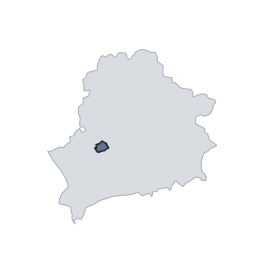 Karelichy, Grodno, Belarus shown in context, rotated 339°
{"feature_id": "67162791B39609385147896", "entity_name": "Karelichy", "entity_type": "district", "adm_level": 2, "iso_a3": "BLR", "parent_name": "Belarus", "parent_adm1": "Grodno", "projection": "orthographic", "projection_center": [26.2, 53.507], "detail": "fine", "context": "in_parent", "style": "filled", "palette": "slate", "viewbox_px": 256, "rotation_deg": 339, "n_neighbors": 0, "source": "geoboundaries", "source_scale": "gbopen_adm2", "svg_char_len": 5168}
<svg xmlns="http://www.w3.org/2000/svg" viewBox="0 0 256 256"><g transform="rotate(339 128 128)"><path d="M204.4,176.4L200.7,176.5L196.3,176.9L193.9,178.8L191.2,178.2L189.3,179.3L185.2,184.4L183.6,187.1L182.2,191.1L181.4,194.1L182.1,196.2L183.0,198.0L183.3,200.1L183.8,201.7L182.8,202.9L182.3,204.7L180.4,204.5L178.0,203.0L177.3,200.7L175.5,199.1L174.3,198.3L172.3,198.3L169.3,199.2L165.3,200.0L162.3,200.3L160.7,201.2L158.3,202.2L157.3,201.2L155.8,198.6L154.6,196.0L153.8,194.9L153.1,194.6L152.3,194.7L151.4,195.6L150.7,196.5L148.2,197.6L147.1,198.5L146.0,201.0L145.2,200.9L144.3,200.4L143.2,197.7L141.9,197.1L139.8,197.1L137.1,196.6L135.0,195.8L134.2,196.0L133.0,197.2L131.6,197.5L128.5,196.5L128.0,197.0L126.3,200.0L125.5,200.2L125.0,199.8L125.2,197.2L123.4,196.3L120.5,196.2L118.4,196.6L117.4,196.5L116.9,196.0L114.3,191.7L113.0,191.4L110.6,191.6L107.0,191.1L102.9,190.2L100.7,189.8L99.5,188.8L97.0,188.5L90.3,186.6L87.6,186.3L83.5,186.2L77.4,185.7L73.4,185.9L71.6,186.5L69.5,186.9L62.2,187.2L59.5,187.6L58.8,188.5L57.9,190.6L54.7,194.0L51.7,196.2L51.2,196.4L49.5,195.1L48.1,194.6L46.4,194.4L45.2,194.8L44.4,195.4L44.5,198.1L44.3,198.3L43.1,195.0L43.3,192.1L44.1,190.5L45.0,189.0L44.7,186.8L45.7,183.9L45.8,181.7L45.4,180.8L44.8,179.7L42.9,178.4L42.1,177.5L39.6,176.1L37.2,174.5L36.8,173.5L36.9,172.9L37.4,171.9L39.4,169.1L41.6,166.4L43.0,165.3L50.2,162.0L51.3,160.8L51.7,158.6L51.7,154.3L51.4,150.4L50.9,147.7L49.8,142.6L46.5,132.0L44.8,121.1L46.2,121.8L49.4,122.1L52.1,121.5L53.4,121.4L54.6,121.7L58.0,121.2L58.9,122.2L60.4,123.1L63.4,121.9L66.1,120.5L68.9,120.7L69.3,119.9L70.0,116.1L70.9,115.3L74.2,115.7L75.4,115.1L76.7,113.2L78.7,112.0L80.3,112.1L82.0,110.8L82.8,111.6L83.2,113.2L82.6,114.5L82.8,115.0L84.0,115.6L86.0,115.6L87.3,115.1L87.6,114.4L87.6,113.1L87.3,111.9L86.5,110.8L84.9,110.2L83.8,110.2L83.6,109.5L84.0,108.1L85.0,105.4L86.2,103.0L86.9,102.1L87.1,101.3L86.9,99.9L86.9,97.3L88.0,93.6L89.5,90.8L91.4,90.0L93.8,89.5L95.3,88.2L96.0,86.7L96.6,84.3L97.4,83.8L103.0,84.1L103.9,81.8L104.3,81.1L105.4,80.4L106.2,79.6L105.9,78.9L104.4,78.5L101.1,78.2L100.4,77.4L100.6,76.4L101.5,74.0L102.3,70.9L102.7,68.4L102.8,67.0L103.3,66.6L106.0,66.1L106.9,65.7L109.2,62.3L111.0,61.7L115.6,62.5L117.7,62.4L120.4,62.6L120.6,62.3L121.5,59.0L125.9,53.7L128.2,51.8L129.8,51.3L130.3,51.4L132.8,54.1L133.4,54.2L134.9,53.0L137.7,52.8L139.1,53.7L141.0,57.1L142.0,57.4L144.7,55.4L146.1,54.7L147.1,54.7L152.4,57.1L152.8,58.0L152.8,58.9L152.2,62.1L153.3,63.9L154.6,65.1L157.2,62.9L158.1,62.2L159.2,62.2L160.6,61.3L161.6,60.1L162.5,59.6L164.4,59.8L167.8,59.3L171.9,61.0L172.3,61.5L174.4,63.6L175.2,64.6L175.9,64.9L177.0,65.9L178.5,66.5L179.4,66.2L179.9,66.5L180.4,67.3L180.6,68.8L180.7,72.8L179.4,75.1L179.3,75.8L179.4,76.7L180.6,78.4L182.3,81.0L182.8,82.6L182.8,83.8L181.0,87.4L180.4,88.2L180.1,90.0L179.9,91.8L180.1,92.5L183.7,95.0L186.3,96.4L187.0,97.1L187.0,97.5L185.9,100.6L185.8,101.4L188.0,102.5L189.2,104.4L190.4,107.5L192.6,110.4L200.2,114.3L200.8,115.0L201.1,116.0L201.1,118.1L200.1,122.1L201.4,122.6L204.6,122.2L208.5,122.4L213.4,124.8L213.5,126.0L213.2,127.2L213.6,128.4L214.2,129.4L218.5,132.1L219.0,133.0L219.2,134.5L219.2,135.7L218.1,136.0L216.9,136.6L215.0,138.2L214.3,140.1L211.2,143.0L209.2,144.4L207.6,144.6L203.6,144.4L202.1,143.2L201.5,142.0L199.9,141.6L197.9,141.7L195.2,142.1L194.7,142.5L194.3,144.0L193.3,146.6L192.6,148.1L196.4,152.7L198.4,154.6L199.0,155.8L199.1,156.7L198.3,157.8L198.6,159.9L200.5,162.5L200.0,163.0L200.0,166.4L200.3,170.0L200.9,170.8L201.9,171.5L202.7,172.7L204.3,175.6L204.4,176.4Z" fill="#d9dde1" stroke="#a8b0b8" stroke-width="1"/><path d="M91.0,139.8L91.3,139.9L91.6,139.9L91.8,139.9L92.1,139.9L92.3,140.1L92.5,140.3L92.9,140.3L93.2,140.3L93.3,140.2L93.5,140.0L93.9,140.1L94.1,140.2L94.7,140.2L95.4,140.3L96.0,140.3L96.6,140.4L97.1,140.4L97.5,140.5L98.1,140.7L98.4,140.7L98.9,140.5L99.1,140.5L99.4,140.2L99.7,140.0L100.2,139.9L100.6,139.8L100.9,139.8L101.4,139.8L101.7,139.9L101.9,139.9L102.5,139.7L102.9,139.4L102.9,139.1L102.7,138.8L102.5,138.3L102.4,138.1L102.4,137.9L102.3,137.6L102.4,137.4L102.5,137.2L102.5,136.9L102.5,136.7L102.4,136.5L102.3,136.4L102.2,136.2L101.8,136.1L101.7,136.1L101.7,135.9L101.7,135.7L101.8,135.6L102.0,135.4L102.2,135.2L102.3,135.0L102.2,134.9L102.3,134.6L102.2,134.3L102.0,134.2L101.8,134.2L101.6,134.2L101.3,133.8L101.0,133.4L100.8,133.1L100.5,132.7L100.2,132.3L99.9,132.0L99.6,131.5L99.5,131.1L99.2,131.1L98.9,131.0L98.6,131.2L98.3,131.3L97.9,131.4L97.4,131.5L97.1,131.8L96.7,132.1L96.5,132.3L96.2,132.3L96.0,132.2L95.9,132.2L95.9,132.4L95.9,132.6L95.7,132.6L95.4,132.5L95.2,132.4L94.7,132.2L94.3,132.1L94.2,132.3L94.2,132.5L93.9,132.5L93.7,132.4L93.3,132.4L93.0,132.5L92.9,132.4L92.6,132.1L92.2,132.2L92.2,132.3L92.2,132.7L92.2,132.9L92.1,133.1L91.9,133.4L91.8,133.7L91.7,134.0L91.8,134.3L91.8,134.6L91.6,134.8L91.4,135.1L91.3,135.3L91.2,135.5L90.8,135.5L90.9,135.4L90.8,135.1L90.6,134.8L90.4,134.6L90.1,134.6L90.1,134.8L90.0,135.1L89.9,135.3L89.8,135.5L89.9,135.8L90.0,136.0L90.3,136.3L90.4,136.9L90.4,137.1L90.3,137.3L90.2,137.6L90.3,137.8L90.6,138.0L90.7,138.3L90.8,138.4L90.7,138.6L90.7,138.8L90.8,139.2L90.9,139.5L91.0,139.8Z" fill="#64748b" stroke="#1e293b" stroke-width="1.5"/></g></svg>